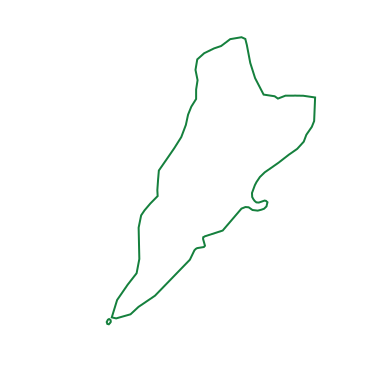 the district of Elobey Grande, Equatorial Guinea, rotated 214°
{"feature_id": "11065452B23490115173263", "entity_name": "Elobey Grande", "entity_type": "district", "adm_level": 2, "iso_a3": "GNQ", "parent_name": "Equatorial Guinea", "parent_adm1": "", "projection": "equal_earth", "projection_center": [9.506, 0.981], "detail": "fine", "context": "isolated", "style": "outline", "palette": "green", "viewbox_px": 384, "rotation_deg": 214, "n_neighbors": 0, "source": "geoboundaries", "source_scale": "gbopen_adm2", "svg_char_len": 1300}
<svg xmlns="http://www.w3.org/2000/svg" viewBox="0 0 384 384"><g transform="rotate(214 192 192)"><path d="M231.3,206.9L231.5,191.3L227.1,183.4L221.8,174.2L218.2,169.4L220.1,159.2L221.1,150.2L221.1,144.2L216.3,132.6L198.2,107.0L192.5,93.7L193.5,79.3L193.6,68.4L193.7,60.6L188.4,43.2L184.2,44.8L174.6,56.2L172.1,66.9L164.7,85.3L155.9,134.7L157.4,145.1L157.0,147.1L156.3,148.4L151.4,153.0L151.2,154.7L156.6,159.3L157.4,160.8L157.0,161.4L156.6,162.4L145.0,177.2L141.7,205.9L139.3,209.4L136.5,211.0L131.8,210.9L127.1,213.3L124.6,216.1L122.9,218.4L122.2,221.7L122.9,223.5L123.7,225.7L125.7,226.0L127.0,225.5L130.7,220.6L132.8,219.4L135.0,219.6L137.2,220.4L139.3,221.5L141.7,224.7L143.7,232.8L144.1,236.4L144.1,242.4L142.7,249.0L136.7,264.5L132.6,277.0L128.9,286.6L127.5,296.2L129.2,303.4L129.1,313.0L130.4,319.1L142.8,339.2L153.6,334.0L159.9,329.9L168.4,324.1L173.0,317.5L177.0,317.6L187.1,312.8L203.4,321.7L215.9,331.6L228.8,344.6L233.4,348.7L237.5,348.0L245.8,340.1L249.5,329.3L254.0,323.4L259.5,313.9L261.8,304.9L257.4,295.2L249.9,287.8L245.9,279.3L240.6,271.4L240.3,262.4L238.5,253.9L234.6,244.2L231.6,231.5L231.2,218.3L231.3,206.9ZM189.7,40.3L190.3,39.1L190.0,36.5L188.4,35.3L187.0,35.8L186.7,37.6L186.7,38.9L187.4,39.8L188.0,40.3L189.7,40.3Z" fill="none" stroke="#15803d" stroke-width="2"/></g></svg>